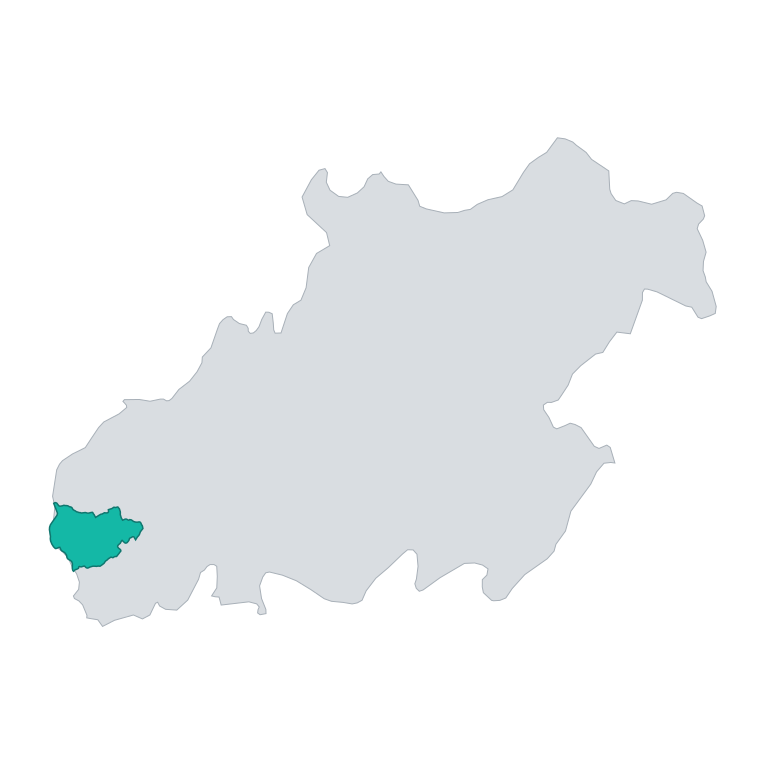 where Severno-Backi sits in Republic of Serbia, rotated 272°
{"feature_id": "SRB-274", "entity_name": "Severno-Backi", "entity_type": "District", "adm_level": 1, "iso_a3": "SRB", "parent_name": "Republic of Serbia", "parent_adm1": "", "projection": "albers", "projection_center": [19.626, 45.896], "detail": "fine", "context": "in_parent", "style": "filled", "palette": "teal", "viewbox_px": 768, "rotation_deg": 272, "n_neighbors": 0, "source": "natural_earth", "source_scale": "10m", "svg_char_len": 7281}
<svg xmlns="http://www.w3.org/2000/svg" viewBox="0 0 768 768"><g transform="rotate(272 384 384)"><path d="M431.4,279.3L451.0,285.0L460.0,290.6L464.9,298.1L477.5,302.8L497.8,304.7L512.1,312.0L520.4,324.9L533.3,321.3L550.6,301.3L568.0,295.6L585.6,304.3L595.4,311.6L597.2,317.5L593.3,320.1L583.6,319.3L575.8,323.3L569.9,332.1L569.3,341.2L574.0,350.7L580.4,357.2L588.5,360.6L592.9,365.4L593.7,371.8L595.9,373.5L591.4,376.7L586.7,381.2L584.2,389.0L583.9,401.4L568.7,411.6L562.9,413.5L560.5,420.0L557.1,438.2L558.0,451.8L560.4,458.6L561.5,464.2L566.8,471.0L571.8,481.5L575.4,495.4L582.5,506.0L600.4,516.0L609.2,521.8L616.0,530.6L621.2,538.5L636.1,548.7L635.3,556.5L632.4,564.2L629.3,567.9L622.5,577.9L615.7,583.6L604.8,601.2L586.5,602.8L582.2,604.3L575.5,609.2L572.4,617.9L575.9,624.7L575.8,631.6L573.0,645.2L577.9,659.5L584.6,665.9L585.8,669.7L584.9,676.5L575.7,690.6L573.0,695.7L563.3,698.6L560.0,697.4L554.8,692.8L550.1,691.6L538.7,697.5L527.0,701.3L517.6,699.0L508.4,698.9L502.1,701.4L497.4,702.4L488.1,708.6L473.1,713.3L466.1,712.6L463.4,707.1L460.4,699.1L461.7,695.5L471.5,688.9L472.5,682.9L485.6,653.6L488.0,644.1L488.0,641.0L484.4,639.1L476.8,639.3L442.8,628.4L444.0,614.9L434.0,607.8L423.2,601.6L421.3,594.4L409.2,580.0L400.5,572.0L389.4,568.1L379.8,562.3L374.1,558.7L371.4,551.9L371.4,547.9L368.5,544.0L363.9,544.5L356.3,550.0L346.8,554.8L345.2,558.2L348.7,566.3L351.3,571.4L350.2,576.3L347.3,582.5L329.1,596.3L327.1,601.1L330.7,608.8L328.5,612.3L313.1,617.5L313.5,613.4L312.5,606.6L303.6,599.5L291.1,594.1L263.4,575.2L252.8,572.7L243.4,570.5L229.8,561.4L222.9,559.8L215.1,553.3L198.4,531.3L184.1,519.3L174.4,513.2L171.8,507.3L171.2,501.2L171.5,499.1L178.9,490.6L184.6,489.3L191.9,489.1L196.6,493.5L202.9,494.4L206.5,488.8L208.3,480.8L207.5,470.6L192.4,446.8L179.5,430.2L178.1,426.5L180.9,423.4L185.4,421.8L190.2,423.2L202.9,424.4L215.0,422.9L219.2,418.9L219.2,413.4L214.7,408.4L200.6,394.7L189.6,382.6L176.7,373.4L167.1,369.6L164.3,364.9L163.1,359.9L164.3,350.8L165.0,339.1L167.3,331.8L176.0,318.0L184.3,303.3L189.4,289.2L192.1,276.1L191.2,272.4L186.9,269.6L177.9,266.7L165.3,269.1L154.6,273.8L150.4,274.1L149.1,268.2L150.8,265.7L154.1,266.0L156.8,267.1L159.8,264.5L161.6,256.6L157.4,229.0L165.3,226.6L165.5,222.6L166.2,219.1L174.4,224.0L185.9,224.1L196.0,223.2L197.6,220.5L197.5,216.5L195.4,213.5L191.8,211.0L189.2,207.2L182.4,205.5L161.2,195.4L150.8,184.8L151.2,173.6L154.3,167.5L158.0,165.4L156.9,163.3L145.0,158.1L140.8,150.8L144.4,141.6L138.4,122.8L131.9,111.2L138.4,106.2L139.3,99.1L139.9,95.1L142.5,95.2L152.8,90.5L156.6,86.6L158.8,82.1L161.3,81.0L168.1,86.0L175.4,86.5L183.6,83.4L189.7,79.1L197.0,75.5L200.4,73.1L204.6,69.2L213.2,57.8L222.8,55.5L235.8,58.4L249.8,59.4L260.2,56.7L286.8,59.9L292.5,62.5L296.2,65.4L303.2,75.1L310.0,87.7L319.4,93.4L330.5,100.3L336.3,105.3L344.9,120.3L351.6,127.7L353.8,127.3L356.0,125.3L357.5,123.7L359.3,125.1L359.5,129.7L360.0,139.9L358.6,150.8L361.1,161.0L361.2,164.2L359.6,167.2L359.9,169.8L362.2,172.6L371.4,179.2L380.0,189.6L389.8,196.8L398.9,201.3L404.6,201.5L414.1,209.8L432.6,215.5L438.6,217.5L442.7,220.9L445.7,224.9L446.0,229.2L443.2,231.3L439.4,237.3L437.9,244.4L435.0,246.3L432.0,246.5L429.9,248.6L430.5,251.7L433.0,254.5L436.9,257.1L444.3,259.6L451.7,263.3L451.7,266.4L450.3,269.8L441.1,271.2L434.2,271.9L431.0,273.4L431.4,279.3Z" fill="#d9dde1" stroke="#a8b0b8" stroke-width="1"/><path d="M234.3,57.2L241.4,61.8L243.5,62.2L253.2,58.1L253.3,58.3L253.5,58.5L253.8,59.0L254.0,59.6L253.9,59.9L253.7,60.8L253.4,61.3L252.6,61.9L251.5,62.8L251.2,63.0L251.0,63.3L250.7,63.8L250.6,64.2L250.6,64.5L250.6,64.9L251.0,66.6L251.1,67.0L251.5,67.9L251.6,68.3L251.6,68.6L251.4,69.4L251.4,69.7L251.4,71.0L251.3,71.9L251.2,72.4L250.4,73.8L250.3,74.2L250.2,75.2L250.0,75.7L249.8,76.1L249.5,76.4L249.2,76.7L248.2,77.2L247.9,77.5L247.5,77.8L247.1,78.5L246.8,79.1L246.5,79.8L246.3,80.1L245.7,81.0L245.5,81.3L245.4,82.3L245.0,83.3L244.9,83.6L244.9,84.4L244.9,84.8L244.6,85.7L244.5,86.1L244.8,88.0L245.0,89.1L245.1,89.8L245.1,90.2L245.0,90.6L244.6,92.1L244.6,92.6L244.7,93.7L244.9,94.3L245.1,94.7L245.4,95.9L245.5,96.5L245.6,96.9L245.5,97.2L245.4,97.3L245.3,97.5L245.0,97.6L244.4,97.9L244.1,98.1L243.4,98.8L242.9,99.1L242.1,99.5L241.4,100.0L240.6,100.4L243.0,104.0L243.8,105.3L244.0,105.6L244.2,106.8L244.4,107.1L244.6,107.5L245.3,108.6L245.5,108.9L245.6,109.3L245.4,110.6L245.5,111.3L245.5,111.7L245.6,112.0L245.8,112.5L246.0,112.7L246.2,112.9L246.5,113.0L246.8,113.1L247.5,113.1L248.8,112.9L250.0,116.3L250.4,117.0L251.2,117.9L251.3,118.2L251.4,118.4L251.4,118.8L251.2,119.7L251.2,120.1L251.3,120.5L251.7,121.7L251.8,122.3L251.7,122.4L251.3,122.7L250.1,123.8L249.8,124.0L248.5,124.4L247.5,124.8L247.1,124.9L246.2,125.0L244.4,125.0L244.0,125.1L243.6,125.2L242.6,125.6L241.5,125.9L240.9,126.2L238.8,127.5L239.4,129.0L239.9,129.9L240.0,130.5L240.0,131.0L239.9,131.5L239.5,132.4L239.1,133.1L239.0,133.3L239.0,133.6L239.1,133.9L239.3,134.2L239.6,134.5L239.5,135.5L239.4,136.0L239.3,136.4L238.6,137.4L238.1,138.2L237.7,139.0L237.4,140.3L237.3,140.7L237.3,141.2L237.3,142.1L237.4,143.1L237.6,143.6L237.6,144.0L237.6,144.3L237.6,144.7L237.5,145.0L237.3,145.2L237.2,145.4L236.7,145.8L235.9,146.2L235.1,146.6L234.8,146.7L234.1,147.3L233.9,147.4L233.6,147.5L232.9,147.7L231.1,148.1L230.2,147.4L228.5,146.2L228.1,145.9L227.6,145.6L227.2,145.5L226.4,145.2L225.3,144.9L224.8,144.6L224.2,144.3L223.9,144.1L222.8,143.1L222.2,142.7L221.2,142.1L219.6,141.2L221.1,140.2L222.2,139.6L222.5,139.3L222.6,138.9L222.6,138.5L222.6,138.1L222.5,137.9L221.8,136.9L221.4,136.0L221.1,135.5L220.7,135.1L220.2,134.9L218.8,134.5L218.2,134.1L216.9,133.1L216.6,132.8L216.3,132.5L216.2,132.2L216.0,131.6L216.0,131.3L216.0,131.0L216.2,130.6L216.4,130.2L216.7,129.9L218.1,128.3L218.6,127.7L218.2,127.3L217.4,126.8L216.3,126.3L215.7,126.0L214.4,124.6L213.8,124.0L213.4,123.8L213.2,123.6L212.9,123.5L212.5,123.5L212.1,123.5L211.8,123.6L211.6,123.7L211.2,124.0L210.9,124.3L210.4,124.8L209.8,125.8L209.5,126.0L209.0,126.6L208.6,126.7L208.4,126.8L208.1,126.8L207.9,126.8L207.4,126.6L207.2,126.4L206.6,125.8L205.4,125.1L204.4,124.3L202.7,123.1L202.4,122.8L202.2,122.4L202.2,122.1L202.2,121.3L202.1,120.9L202.0,120.6L201.8,120.3L201.2,119.6L201.1,119.4L201.0,119.1L201.0,118.8L201.4,117.6L201.4,117.3L201.3,116.9L201.0,116.5L200.3,115.5L200.0,115.1L200.0,114.9L198.8,113.8L198.4,113.4L197.7,112.4L197.2,111.8L196.6,111.4L195.2,110.6L194.8,110.2L193.8,109.0L193.0,108.0L192.5,107.3L192.2,106.9L192.0,106.6L192.0,106.2L192.0,105.9L192.1,105.0L192.0,104.6L192.0,104.2L191.8,103.5L191.7,103.1L191.8,101.9L191.8,100.2L191.7,99.3L191.5,98.6L191.1,97.4L190.7,96.3L190.1,95.3L189.9,94.9L189.8,94.5L189.7,94.1L189.7,93.8L189.8,93.4L190.0,92.9L190.3,92.4L190.6,92.1L191.0,91.7L191.3,91.4L191.4,91.2L191.5,90.9L191.6,90.7L191.5,90.3L190.7,88.0L190.7,87.6L190.7,87.2L190.9,86.1L191.0,85.9L190.9,85.7L190.6,85.4L190.4,85.3L189.4,85.2L189.2,85.1L189.0,84.9L188.2,83.5L188.0,83.1L187.8,82.2L187.6,81.9L187.3,81.6L186.5,80.9L186.2,80.5L186.0,80.2L187.0,79.4L189.1,78.9L193.4,78.9L195.4,78.2L196.6,76.9L197.5,75.2L198.4,73.8L199.9,73.1L201.2,72.9L202.2,72.5L204.2,70.9L205.0,69.7L205.6,68.5L206.4,67.3L209.5,65.7L209.2,64.3L208.3,62.7L208.1,61.3L209.8,59.4L212.5,57.6L215.4,56.3L217.6,55.9L220.1,56.0L226.8,54.7L229.3,54.8L231.8,55.6L234.3,57.2Z" fill="#14b8a6" stroke="#0f766e" stroke-width="1.5"/></g></svg>